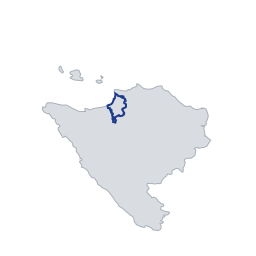 Valencia highlighted on a map of Spain, rotated 222°
{"feature_id": "ESP-5849", "entity_name": "Valencia", "entity_type": "Autonomous Community", "adm_level": 1, "iso_a3": "ESP", "parent_name": "Spain", "parent_adm1": "", "projection": "natural_earth1", "projection_center": [-1.049, 39.449], "detail": "fine", "context": "in_parent", "style": "outline", "palette": "blue", "viewbox_px": 256, "rotation_deg": 222, "n_neighbors": 0, "source": "natural_earth", "source_scale": "10m", "svg_char_len": 6306}
<svg xmlns="http://www.w3.org/2000/svg" viewBox="0 0 256 256"><g transform="rotate(222 128 128)"><path d="M136.5,67.8L136.5,68.4L137.6,69.5L140.8,70.2L141.6,70.7L141.5,72.2L140.7,73.5L141.4,74.1L142.2,74.1L143.1,73.0L143.3,73.7L144.8,74.4L148.1,75.6L150.4,75.8L152.8,78.2L156.6,77.7L160.1,80.0L163.4,79.5L164.1,80.0L169.2,80.0L169.5,78.1L170.1,77.4L178.9,80.0L180.0,81.6L179.8,82.4L180.3,84.3L181.5,84.2L183.8,83.2L186.8,84.5L187.6,85.7L188.2,85.8L190.5,84.6L196.6,86.0L196.8,85.1L197.3,84.8L199.8,84.0L200.9,83.8L204.1,84.4L204.5,85.5L205.2,85.9L205.5,86.9L203.6,87.4L203.4,89.0L204.6,90.4L204.8,92.7L201.5,95.7L192.2,100.9L189.1,103.9L182.1,105.5L174.9,107.8L170.6,111.9L171.7,112.2L173.0,113.6L172.5,114.2L170.7,115.2L169.0,115.5L165.8,120.5L161.5,125.7L159.8,128.1L156.4,134.2L156.4,136.0L158.1,142.0L159.1,143.6L160.5,145.0L163.1,146.1L163.7,147.3L162.8,148.3L160.2,150.2L155.7,152.8L153.8,154.8L153.4,156.8L152.1,157.7L151.6,160.4L149.8,164.2L149.6,165.3L151.0,166.6L149.7,167.5L142.7,167.8L138.3,170.8L136.2,173.5L134.2,178.4L131.8,181.3L130.7,181.9L129.1,180.6L127.1,180.4L125.1,180.8L124.0,181.8L122.4,182.4L120.8,181.9L117.4,181.6L115.9,181.7L113.5,182.5L111.5,182.0L108.0,181.7L100.5,182.3L99.6,182.7L96.2,186.0L92.6,186.1L89.3,187.4L87.1,190.6L86.6,192.4L86.0,192.0L85.5,192.1L85.2,193.4L82.9,194.3L80.4,193.2L78.3,191.6L77.2,191.5L75.4,189.0L74.7,187.4L74.1,185.6L74.1,184.4L72.5,183.7L72.2,182.2L73.4,180.1L74.9,179.0L73.5,179.1L72.4,180.4L71.1,178.3L65.8,174.1L66.1,172.7L65.2,173.8L64.5,174.1L61.8,173.9L58.5,174.4L57.3,167.4L58.2,165.0L61.9,160.2L64.1,159.5L65.1,157.1L63.0,157.2L59.9,152.4L60.8,148.0L64.1,144.7L64.7,143.4L64.8,142.2L64.2,141.3L62.5,140.8L60.7,137.3L60.3,135.1L58.9,133.9L57.7,131.8L58.8,131.4L63.4,131.4L64.5,130.9L65.4,129.4L66.3,127.1L66.6,125.6L64.8,123.5L64.7,123.1L65.0,122.4L67.9,120.1L67.3,118.4L67.8,114.8L67.7,112.7L67.4,110.9L66.5,108.7L67.1,107.8L68.6,107.0L69.8,105.2L71.5,103.7L73.7,102.4L76.4,99.8L76.0,98.6L75.1,97.9L72.0,97.4L71.7,96.8L71.8,93.9L71.0,92.8L69.9,92.9L68.1,92.4L67.7,92.7L65.4,92.6L63.9,92.1L63.2,92.5L63.0,93.6L60.3,94.6L58.9,94.6L56.4,93.7L53.7,94.0L53.3,93.8L51.0,94.9L50.2,95.0L49.2,93.6L50.6,91.5L49.5,89.5L48.8,89.4L44.4,90.9L41.8,92.8L40.7,93.0L40.4,92.7L40.3,90.0L43.1,87.1L41.4,86.9L41.5,86.1L42.6,84.8L41.5,83.8L41.6,80.9L39.2,81.8L38.6,81.7L38.6,80.5L40.2,78.2L38.6,77.9L37.5,77.0L36.1,75.1L36.1,74.1L37.0,71.8L39.1,70.7L41.1,69.0L43.9,69.4L48.2,68.0L49.6,67.3L49.6,66.3L49.1,65.6L49.6,64.9L53.0,62.9L55.1,62.7L57.2,61.7L58.5,62.4L59.8,62.2L61.2,62.9L63.0,64.6L65.6,65.3L67.8,64.8L78.9,64.6L82.0,63.8L84.4,64.8L89.1,65.3L91.9,66.2L99.8,67.7L102.6,67.7L108.3,66.2L109.9,66.6L112.1,65.9L113.2,66.0L114.6,67.1L119.6,68.4L121.0,67.3L121.9,67.0L125.5,67.7L129.2,69.2L131.1,69.3L133.8,68.9L136.5,67.8ZM203.9,129.6L205.3,130.1L206.6,129.6L207.4,129.8L208.1,130.1L208.3,131.2L205.4,136.5L203.1,138.0L200.7,136.8L199.3,136.5L198.9,136.1L198.5,134.4L197.9,133.8L197.0,133.6L195.2,134.9L194.6,134.0L193.7,133.9L193.4,133.3L193.4,132.6L199.0,128.5L200.6,127.5L204.1,126.5L204.6,126.6L204.2,127.3L204.6,127.9L203.9,129.6ZM219.9,127.4L219.4,128.9L215.1,126.9L213.8,126.7L213.4,126.4L213.6,124.9L216.4,124.7L218.7,125.4L219.9,127.4ZM180.8,144.5L180.3,145.6L178.2,145.2L177.7,144.8L178.2,143.6L178.8,143.4L178.8,142.6L179.4,141.7L182.4,141.0L183.1,141.6L183.2,142.5L181.5,144.3L180.8,144.5ZM182.9,148.7L182.6,149.0L180.3,148.8L180.2,148.1L180.7,147.1L181.5,148.1L182.9,148.2L182.9,148.7Z" fill="#d9dde1" stroke="#a8b0b8" stroke-width="1"/><path d="M158.2,130.9L158.2,131.0L158.1,131.4L158.0,131.7L157.9,131.9L157.6,132.3L157.4,132.6L157.2,132.9L157.1,133.1L157.0,133.4L156.6,134.0L156.5,134.3L156.4,134.9L156.4,135.7L156.5,136.5L156.8,137.6L157.6,139.4L157.8,139.7L158.0,140.0L157.8,140.1L157.6,140.3L157.7,140.6L157.8,141.2L158.0,141.8L158.4,142.4L158.8,143.1L159.3,144.0L159.5,144.2L160.0,144.6L160.5,145.1L157.8,145.6L156.7,145.2L155.2,146.2L152.8,146.6L153.2,147.3L153.4,147.2L153.6,147.2L153.8,147.3L154.0,147.5L152.5,148.4L152.2,148.2L150.9,147.4L150.7,147.3L149.7,147.6L149.2,147.1L148.9,147.0L148.6,147.1L148.3,147.0L148.1,146.8L148.3,146.7L148.3,146.4L148.4,146.2L148.2,145.6L148.3,145.2L148.2,144.9L147.8,144.2L147.6,144.0L147.3,144.0L147.2,144.0L146.9,144.1L146.7,144.2L146.3,144.2L145.9,144.3L145.5,144.3L145.3,144.2L145.1,144.0L143.8,142.5L143.7,142.3L143.6,142.0L143.6,141.9L143.6,141.7L143.7,141.4L143.9,141.1L144.0,140.7L144.2,140.4L144.3,140.3L144.4,140.2L144.5,139.9L144.6,139.7L144.7,139.3L144.8,139.1L144.8,138.8L144.7,138.7L144.8,138.4L144.9,138.2L144.8,137.9L142.9,137.3L142.7,137.3L141.9,136.9L141.6,136.8L141.4,136.8L141.2,136.8L141.0,136.7L141.0,136.4L140.9,136.4L140.8,136.2L140.7,136.2L140.5,135.9L140.3,135.9L140.2,135.7L140.1,135.4L140.2,135.2L140.3,135.0L140.2,134.8L140.3,134.7L140.3,134.3L140.3,134.2L140.3,133.9L140.3,133.7L140.4,133.4L140.5,133.3L140.7,133.2L140.8,133.0L141.3,132.1L141.4,131.9L141.7,131.6L142.0,131.4L142.3,131.4L142.6,131.5L142.8,131.6L143.1,131.6L143.3,131.5L143.4,131.4L143.5,131.3L143.6,131.2L143.5,130.8L143.5,130.7L143.5,130.4L143.9,129.8L144.0,129.6L144.2,129.2L144.4,128.3L144.5,128.0L144.5,127.8L144.5,127.5L144.5,127.4L144.4,127.1L144.4,126.9L144.5,126.8L145.0,126.6L145.2,126.4L145.4,126.6L145.7,126.5L145.9,126.5L146.1,126.4L146.5,126.3L146.9,126.4L147.2,126.3L147.3,126.4L147.6,126.4L148.2,126.7L148.4,127.0L148.5,127.1L148.4,127.3L148.4,127.5L148.5,127.8L148.5,128.0L148.5,128.3L148.7,128.5L148.9,128.5L149.1,128.5L149.3,128.5L150.0,128.1L150.3,128.2L150.8,129.0L151.1,129.1L151.4,128.5L151.9,128.8L152.1,129.5L152.1,129.8L152.0,130.0L152.2,130.3L152.4,130.3L152.7,130.2L152.9,130.1L153.1,129.7L153.6,129.5L154.3,130.6L154.6,130.7L155.0,130.6L155.3,130.3L155.7,129.7L156.2,129.4L156.6,129.6L157.2,130.2L158.2,130.9ZM143.1,122.5L143.3,122.8L143.4,123.1L143.5,123.2L143.6,123.3L143.8,123.4L143.8,123.5L143.9,123.8L144.0,123.9L144.3,124.0L145.1,124.1L145.5,124.3L145.9,124.7L146.1,124.8L146.1,125.0L146.0,125.3L145.9,125.4L145.3,125.7L145.0,125.8L144.7,125.8L144.4,125.9L144.1,125.9L144.0,126.0L143.9,126.0L143.7,126.0L143.3,125.9L142.4,125.7L142.1,125.7L141.6,124.5L141.6,124.3L141.5,124.2L141.2,123.9L141.0,123.7L141.1,123.4L141.8,123.6L142.2,123.6L142.5,123.5L142.8,123.4L142.8,123.2L142.8,122.9L142.9,122.6L143.1,122.5Z" fill="none" stroke="#1e3a8a" stroke-width="2"/></g></svg>